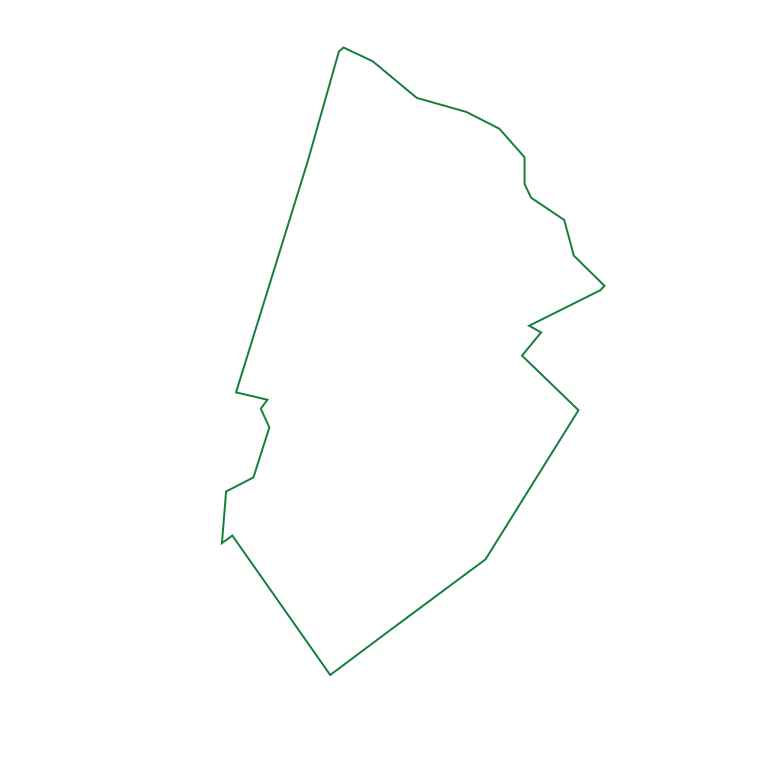 the district of Greene, New York, United States of America, rotated 296°
{"feature_id": "52423323B74278338404385", "entity_name": "Greene", "entity_type": "district", "adm_level": 2, "iso_a3": "USA", "parent_name": "United States of America", "parent_adm1": "New York", "projection": "orthographic", "projection_center": [-74.073, 42.28], "detail": "fine", "context": "isolated", "style": "outline", "palette": "green", "viewbox_px": 768, "rotation_deg": 296, "n_neighbors": 0, "source": "geoboundaries", "source_scale": "gbopen_adm2", "svg_char_len": 537}
<svg xmlns="http://www.w3.org/2000/svg" viewBox="0 0 768 768"><g transform="rotate(296 384 384)"><path d="M311.6,254.7L318.7,286.1L307.8,284.1L294.7,300.0L242.8,307.6L218.2,289.2L169.9,308.1L181.3,314.1L98.9,463.2L162.9,496.1L270.9,552.1L297.9,554.9L445.7,570.3L470.0,495.6L499.2,502.6L500.0,488.9L563.2,537.4L568.9,539.1L582.6,498.3L610.4,474.1L615.9,434.6L625.3,422.7L649.4,410.9L664.0,375.8L664.6,338.7L655.5,288.0L669.1,232.4L668.7,200.1L663.1,197.7L551.5,217.7L311.6,254.7Z" fill="none" stroke="#15803d" stroke-width="2"/></g></svg>